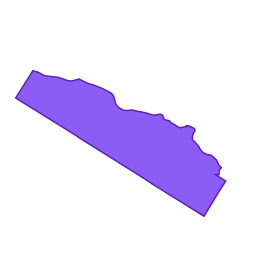 Klickitat, Washington, United States of America (Robinson projection), rotated 212°
{"feature_id": "52423323B53834689647106", "entity_name": "Klickitat", "entity_type": "district", "adm_level": 2, "iso_a3": "USA", "parent_name": "United States of America", "parent_adm1": "Washington", "projection": "robinson", "projection_center": [-120.885, 45.825], "detail": "fine", "context": "isolated", "style": "filled", "palette": "violet", "viewbox_px": 256, "rotation_deg": 212, "n_neighbors": 0, "source": "geoboundaries", "source_scale": "gbopen_adm2", "svg_char_len": 1059}
<svg xmlns="http://www.w3.org/2000/svg" viewBox="0 0 256 256"><g transform="rotate(212 128 128)"><path d="M105.5,157.1L105.8,157.3L108.1,156.8L111.3,153.9L113.2,152.3L121.7,150.0L129.9,146.8L134.4,145.3L137.0,143.0L138.9,141.9L141.3,140.6L146.9,140.4L150.9,141.7L155.7,146.2L157.8,147.8L160.8,148.7L170.8,147.9L180.3,146.1L185.5,144.6L186.3,144.4L195.4,143.7L200.6,138.0L204.3,136.2L213.3,134.3L222.1,130.1L222.3,130.0L226.6,128.1L234.0,127.6L238.0,126.5L239.0,126.3L239.2,93.9L167.6,94.1L164.9,93.8L149.0,93.8L86.0,93.7L77.8,93.4L28.3,93.4L16.8,93.4L17.2,120.9L17.0,134.8L28.8,134.8L26.1,136.7L28.2,140.2L27.9,143.9L28.1,143.9L31.1,144.5L35.7,147.6L38.4,148.2L40.7,148.7L43.5,148.9L47.2,147.3L51.6,147.0L54.9,147.8L58.1,149.8L62.7,151.2L67.2,152.3L69.2,155.7L69.8,158.9L69.6,161.0L71.3,162.6L73.3,162.6L76.1,162.3L76.9,161.7L77.9,162.1L78.4,161.6L79.1,161.1L79.8,160.7L79.4,159.9L83.9,156.0L86.5,155.3L90.4,155.5L93.8,155.2L96.8,156.0L97.5,155.8L100.7,154.6L101.9,154.7L105.5,157.1L105.5,157.1Z" fill="#8b5cf6" stroke="#5b21b6" stroke-width="1.5"/></g></svg>